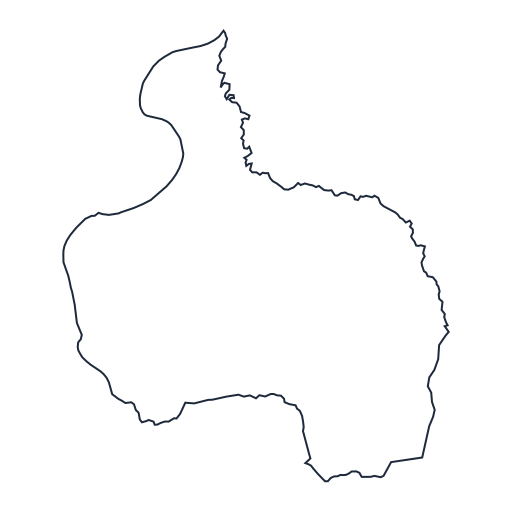 outline of Ananás, Tocantins, Brazil
{"feature_id": "56859067B59489499559631", "entity_name": "Ananás", "entity_type": "district", "adm_level": 2, "iso_a3": "BRA", "parent_name": "Brazil", "parent_adm1": "Tocantins", "projection": "natural_earth1", "projection_center": [-48.183, -6.194], "detail": "fine", "context": "isolated", "style": "outline", "palette": "slate", "viewbox_px": 512, "rotation_deg": 0, "n_neighbors": 0, "source": "geoboundaries", "source_scale": "gbopen_adm2", "svg_char_len": 3633}
<svg xmlns="http://www.w3.org/2000/svg" viewBox="0 0 512 512"><path d="M98.6,212.8L94.7,215.8L91.5,215.9L85.3,218.8L76.3,227.7L70.3,235.0L66.8,240.5L64.5,245.8L63.5,250.2L63.3,255.1L63.5,262.3L68.3,275.9L69.5,281.0L70.9,287.9L72.1,291.7L74.7,304.8L76.9,323.0L81.8,334.9L80.8,339.2L78.2,342.3L77.7,347.2L78.4,350.6L81.0,355.2L82.4,357.4L86.8,361.6L90.9,364.9L100.5,371.3L103.6,374.1L106.6,377.8L108.9,382.4L112.2,394.2L118.4,398.9L121.8,400.7L125.4,403.0L131.3,402.3L134.0,404.3L135.8,410.0L138.6,412.7L139.8,419.4L141.9,422.3L146.3,421.1L148.6,420.0L153.5,421.6L154.7,424.7L157.4,424.6L160.7,422.9L165.0,421.5L168.6,421.6L174.0,418.3L176.5,418.5L180.1,413.9L185.3,402.7L194.2,403.4L208.1,399.9L212.4,399.7L226.5,396.6L238.5,394.7L243.8,396.6L249.9,395.4L256.0,398.3L259.4,395.2L265.1,396.5L270.8,394.0L273.7,394.0L276.9,395.3L281.0,395.7L284.0,398.7L284.6,402.2L289.2,404.1L295.6,405.3L297.0,408.6L299.9,410.9L302.1,416.0L303.1,421.8L303.7,427.2L303.0,431.1L308.9,453.2L310.4,458.4L305.4,463.1L308.6,464.3L311.1,465.7L313.2,468.5L317.9,473.9L322.6,478.8L325.1,481.3L327.9,481.2L330.7,478.0L333.8,476.5L337.9,476.2L340.4,474.9L343.0,475.1L345.9,474.9L348.7,473.6L351.6,471.5L356.3,471.4L359.4,472.8L361.7,476.9L366.8,476.9L370.8,476.8L374.5,475.9L380.7,477.2L383.6,475.8L391.1,462.1L422.2,457.5L427.0,436.0L429.2,426.2L433.1,416.8L434.7,409.8L432.0,402.0L431.2,392.6L427.8,386.3L429.3,377.4L434.3,370.0L438.2,359.2L439.1,345.1L445.5,335.7L448.7,331.9L444.7,326.2L447.6,325.3L445.9,322.0L444.2,317.1L444.8,314.0L441.6,309.9L442.5,301.8L439.2,298.8L438.7,294.4L439.6,291.3L438.3,286.3L436.6,284.3L436.4,281.6L432.8,277.2L427.7,276.2L426.1,272.6L424.0,271.3L422.0,265.5L421.5,262.4L423.2,258.7L424.7,256.3L423.2,253.4L423.7,250.7L424.9,246.4L420.8,245.3L418.3,245.9L416.1,245.5L414.6,241.7L412.2,238.5L411.1,236.3L412.9,232.8L412.8,229.4L410.0,226.7L411.7,223.5L409.7,220.7L405.8,222.5L402.6,219.0L400.1,217.8L397.7,214.5L395.4,212.5L383.9,206.4L380.6,203.6L378.3,197.9L374.4,195.7L372.3,197.3L369.1,196.5L366.1,195.8L362.8,196.9L360.6,196.3L358.0,200.0L354.7,199.3L354.0,196.2L351.5,194.8L348.2,194.2L345.3,192.5L341.3,193.1L337.3,195.7L334.8,195.3L331.5,190.2L328.7,190.6L324.2,190.1L320.9,187.6L318.9,185.9L316.0,187.1L312.7,185.4L309.3,184.7L304.9,183.5L300.7,185.0L298.1,183.0L293.8,187.3L290.5,188.7L288.3,189.7L284.2,189.3L281.5,187.0L276.7,183.4L272.7,181.1L270.1,178.1L268.1,173.1L265.1,173.2L262.7,172.7L259.9,174.8L256.5,172.3L252.2,172.3L250.0,169.8L251.7,163.5L248.9,163.9L246.3,165.9L245.6,162.5L246.6,159.8L244.3,157.8L247.6,156.1L251.6,153.0L249.2,146.7L247.2,148.7L244.1,148.2L243.0,143.8L243.6,140.5L241.2,138.2L243.8,134.5L243.8,130.2L240.9,127.1L243.0,122.8L241.9,119.6L244.9,118.4L248.3,119.2L249.5,115.6L244.7,113.1L241.0,112.0L239.6,106.5L236.6,102.7L232.1,102.2L229.3,99.5L231.4,97.8L234.0,98.1L233.6,95.2L229.4,94.8L226.7,99.2L224.9,96.2L225.8,93.4L229.4,89.7L229.6,84.2L224.4,82.8L222.5,84.6L220.7,87.5L222.0,80.8L223.7,76.9L224.8,73.4L219.9,72.2L217.5,69.5L218.0,65.4L221.2,60.6L219.3,55.8L220.8,52.0L223.0,49.1L225.2,46.9L225.6,43.4L227.1,38.7L225.7,35.5L225.1,32.9L223.5,30.7L219.0,36.6L214.3,40.2L207.7,43.7L200.7,46.0L190.1,48.1L176.4,51.0L172.5,52.2L164.5,56.8L158.9,60.7L153.3,66.4L144.3,80.6L142.9,83.4L140.4,94.0L139.8,98.5L140.0,105.4L140.8,108.2L142.6,112.0L144.4,114.3L146.8,115.7L162.0,119.2L166.4,121.2L168.5,122.5L171.3,125.1L179.0,136.6L180.4,139.3L183.3,153.6L182.9,157.2L181.8,161.5L179.4,168.0L176.2,174.0L172.2,179.8L166.4,186.5L164.4,188.2L150.8,200.0L143.1,204.0L133.5,208.1L121.2,212.2L118.6,213.4L108.9,214.9L102.4,214.1L98.6,212.8Z" fill="none" stroke="#1e293b" stroke-width="2"/></svg>